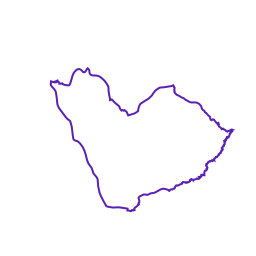 Sanom, Surin, Thailand (orthographic projection), rotated 314°
{"feature_id": "78962969B59792797819888", "entity_name": "Sanom", "entity_type": "district", "adm_level": 2, "iso_a3": "THA", "parent_name": "Thailand", "parent_adm1": "Surin", "projection": "orthographic", "projection_center": [103.803, 15.196], "detail": "fine", "context": "isolated", "style": "outline", "palette": "violet", "viewbox_px": 256, "rotation_deg": 314, "n_neighbors": 0, "source": "geoboundaries", "source_scale": "gbopen_adm2", "svg_char_len": 5880}
<svg xmlns="http://www.w3.org/2000/svg" viewBox="0 0 256 256"><g transform="rotate(314 128 128)"><path d="M73.6,189.7L73.9,188.9L74.2,188.6L74.7,188.5L76.1,188.4L77.7,188.8L79.0,188.7L79.7,188.5L80.0,188.9L80.5,189.0L80.9,188.7L80.9,188.1L81.3,187.7L81.6,187.6L82.4,187.7L83.5,186.7L85.1,184.1L85.8,183.9L87.1,184.0L90.4,185.2L91.0,185.5L91.8,186.2L93.4,188.4L94.9,189.1L96.8,189.7L98.7,191.3L99.9,192.0L101.0,192.5L106.1,194.0L107.9,194.8L108.7,195.4L109.8,196.8L111.4,199.9L111.5,200.3L111.3,201.1L111.4,201.4L113.3,201.3L113.8,201.6L114.1,202.0L114.5,202.6L114.9,202.6L115.6,202.9L116.0,202.8L116.3,203.2L117.1,203.4L118.2,202.8L119.1,202.8L119.7,202.5L120.2,202.6L120.7,203.0L121.0,203.3L121.0,203.7L121.9,204.2L123.4,204.5L124.0,204.9L124.4,205.0L124.9,205.5L125.5,205.5L126.1,205.0L126.7,205.2L127.4,205.1L127.7,205.7L128.2,206.2L128.3,206.6L128.9,207.0L128.7,207.3L128.8,207.8L129.4,208.3L130.1,208.2L130.4,208.4L130.6,209.0L132.6,209.6L132.8,209.6L133.5,208.7L134.1,208.8L134.4,209.2L134.7,208.9L135.3,209.1L135.4,209.9L136.0,210.9L135.9,211.1L136.2,211.0L136.3,211.3L138.2,212.3L139.5,212.6L139.8,213.4L140.2,213.3L140.5,213.5L140.3,214.0L140.5,214.2L140.9,213.8L141.6,214.2L141.7,213.8L142.2,213.7L142.3,213.2L142.5,213.4L142.7,214.1L143.7,213.9L143.8,214.0L143.8,214.4L144.0,214.4L145.1,213.4L145.3,213.8L145.5,213.6L145.9,213.8L145.9,214.3L146.6,214.4L146.7,214.7L146.7,215.1L147.0,215.2L146.9,215.5L147.1,215.8L147.3,215.6L147.4,215.1L147.7,214.8L148.3,214.7L149.0,213.9L150.3,213.0L150.8,213.0L151.3,213.6L152.1,213.8L152.5,213.5L152.8,213.5L152.9,213.0L153.7,213.2L154.4,212.8L154.5,212.4L154.9,212.3L155.0,211.2L155.3,210.2L155.5,210.2L155.7,210.4L156.1,210.3L155.9,209.8L156.1,209.6L156.4,209.9L157.2,209.5L157.8,209.6L158.0,209.7L158.4,209.5L158.8,209.7L159.1,209.4L160.6,209.7L160.8,210.2L161.3,210.0L162.2,210.6L162.4,211.0L162.8,211.1L163.1,211.0L163.1,211.8L163.3,211.8L163.6,211.4L164.1,211.6L164.3,211.9L164.6,211.9L164.7,212.4L165.0,211.9L165.6,211.8L165.9,211.3L166.2,211.3L166.5,211.6L167.2,211.5L167.7,211.6L168.2,211.4L168.8,212.0L169.0,211.8L169.6,212.0L170.3,212.0L170.7,211.9L171.4,212.2L171.9,211.6L172.6,211.8L172.8,211.5L173.5,211.6L173.9,211.6L174.2,211.9L174.4,211.6L174.8,211.7L175.1,211.5L175.5,211.6L175.8,211.4L176.1,211.5L176.6,211.2L177.1,211.2L177.0,210.9L178.6,210.9L178.5,209.8L178.7,209.4L179.5,209.4L179.8,209.2L180.8,209.4L181.1,209.1L181.4,209.3L181.8,209.4L182.1,209.2L182.4,208.6L182.9,208.5L183.2,208.8L183.7,208.7L184.8,207.5L185.1,207.4L185.0,206.9L185.7,206.7L185.6,206.4L185.7,206.2L186.1,206.5L186.2,206.9L186.4,206.7L186.9,206.9L187.0,206.2L187.5,206.2L188.3,206.5L188.5,206.4L188.7,205.9L188.8,205.9L189.3,206.3L189.7,205.9L190.3,206.3L190.6,205.7L190.7,205.8L190.8,206.7L190.9,206.8L191.1,206.6L191.1,205.9L191.8,206.1L192.1,206.5L193.0,206.2L194.0,205.6L194.4,205.6L194.4,205.2L194.7,205.0L194.9,205.0L194.9,205.5L195.1,205.6L195.3,205.5L195.4,205.1L196.3,205.2L196.5,204.7L197.7,205.2L197.7,204.6L198.3,204.8L198.7,204.6L198.7,204.1L199.3,204.4L199.0,203.7L198.7,203.5L196.1,202.7L194.9,201.9L194.5,201.9L194.5,201.6L193.9,201.0L194.1,200.2L194.2,199.4L193.8,198.6L193.6,196.8L192.9,196.7L192.3,196.3L192.6,194.7L192.5,193.7L192.3,192.9L192.8,190.8L192.9,190.6L193.7,190.9L193.9,190.6L194.4,189.4L193.1,188.8L193.5,184.9L193.8,184.0L193.1,183.0L192.7,183.0L191.5,182.5L191.5,182.0L191.7,180.9L192.1,180.4L192.8,179.5L193.0,178.5L192.9,178.2L192.8,176.6L193.1,173.8L192.9,173.3L192.8,172.6L192.9,172.0L193.3,171.4L193.4,170.9L193.0,169.6L193.0,168.9L193.4,167.3L194.4,165.8L194.7,164.9L194.6,163.4L194.8,162.7L194.2,160.1L192.5,157.9L190.7,156.2L189.9,155.0L189.2,153.2L188.8,151.4L188.3,149.9L188.1,147.3L187.3,145.5L186.4,141.7L185.8,140.2L185.7,139.5L185.7,138.4L186.2,136.2L186.6,135.8L187.0,135.8L187.4,135.0L187.8,134.6L188.4,134.4L188.5,134.1L189.3,133.6L189.4,133.1L189.4,132.6L189.8,132.2L190.1,130.8L188.7,130.4L182.2,125.5L179.5,123.1L178.3,122.5L174.7,121.8L173.7,121.7L171.5,121.9L167.8,122.6L163.4,122.4L155.3,120.4L153.7,120.2L151.5,120.8L149.8,121.7L147.0,123.5L146.0,123.3L143.3,122.7L137.2,119.4L138.6,116.0L138.6,114.8L138.4,114.1L138.3,113.0L137.5,112.8L137.2,111.6L136.0,111.2L136.2,109.6L136.5,108.6L137.5,106.6L137.1,101.2L137.3,96.5L137.1,96.3L135.7,96.0L135.5,95.8L136.8,94.4L138.4,91.9L141.0,88.5L144.0,85.3L144.4,84.2L145.2,81.4L145.7,78.2L145.6,74.1L145.4,72.4L144.8,70.6L143.9,69.0L141.6,66.4L140.7,65.1L140.5,64.5L140.4,63.7L140.6,62.8L141.2,61.7L142.5,60.2L142.7,59.8L142.9,59.1L142.9,57.5L142.0,57.5L139.1,58.1L138.3,58.1L137.8,57.9L137.3,57.4L137.1,56.9L137.2,53.8L137.0,53.0L136.7,52.2L136.0,51.5L135.1,50.9L134.1,50.6L132.9,50.5L130.7,50.6L128.7,51.1L127.0,51.8L120.2,55.4L118.6,55.9L118.0,56.0L117.6,55.8L116.6,54.8L114.8,52.1L114.4,51.2L114.3,50.6L114.2,50.4L114.4,50.1L114.4,49.6L113.9,49.4L113.7,49.2L112.9,48.7L112.3,47.9L112.7,47.8L112.8,47.2L113.0,46.9L112.9,46.4L112.6,45.8L113.2,44.3L112.2,43.9L111.9,44.1L111.7,44.0L111.5,44.5L111.0,44.5L110.8,44.1L110.9,43.8L110.9,43.4L110.5,43.1L110.0,43.5L109.8,43.2L109.6,43.2L109.1,42.2L108.6,41.8L108.7,41.5L108.2,40.9L108.1,40.2L107.9,40.3L107.9,40.6L107.7,40.6L107.5,40.9L105.8,41.9L105.4,42.5L105.2,43.1L104.9,44.8L104.7,47.8L104.3,49.9L103.7,51.1L102.5,52.8L99.6,56.5L96.1,60.6L95.2,62.4L94.4,64.6L92.6,75.4L92.4,78.2L92.8,80.7L92.8,81.4L92.5,82.2L89.8,86.7L83.3,94.7L82.2,96.3L82.0,96.7L82.0,97.2L82.3,98.8L83.5,101.0L83.6,104.0L82.9,108.5L81.5,112.2L79.9,115.3L76.4,121.0L75.5,123.0L75.0,124.1L74.1,129.2L73.3,131.1L71.3,134.7L70.8,139.7L70.3,141.2L69.8,142.0L65.4,147.0L62.0,152.0L60.8,154.4L60.2,155.9L58.3,161.4L56.7,166.8L57.3,168.0L60.2,172.3L63.7,175.6L65.1,177.2L69.1,182.8L69.6,183.7L69.2,183.9L68.8,184.4L68.8,184.8L68.4,185.0L69.3,186.0L69.6,186.9L70.1,187.4L70.2,187.8L70.8,188.1L71.4,187.8L71.8,188.0L72.2,188.4L72.3,188.9L72.7,189.0L72.9,189.4L73.6,189.7Z" fill="none" stroke="#5b21b6" stroke-width="2"/></g></svg>